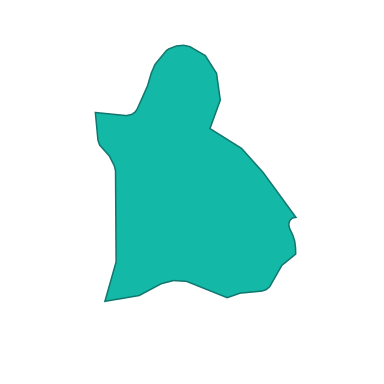 outline of Tower Hamlets, rotated 202°
{"feature_id": "GBR-2077", "entity_name": "Tower Hamlets", "entity_type": "London Borough", "adm_level": 1, "iso_a3": "GBR", "parent_name": "United Kingdom", "parent_adm1": "", "projection": "orthographic", "projection_center": [-0.03, 51.512], "detail": "fine", "context": "isolated", "style": "filled", "palette": "teal", "viewbox_px": 384, "rotation_deg": 202, "n_neighbors": 0, "source": "natural_earth", "source_scale": "10m", "svg_char_len": 749}
<svg xmlns="http://www.w3.org/2000/svg" viewBox="0 0 384 384"><g transform="rotate(202 192 192)"><path d="M86.1,207.4L87.3,206.7L88.9,205.6L89.8,204.1L90.5,202.4L90.6,200.7L90.1,198.3L89.3,196.8L87.7,194.6L82.2,189.6L78.3,184.8L75.1,179.1L72.6,173.3L81.2,157.7L84.5,133.2L86.6,129.3L90.1,126.3L109.4,116.3L119.8,107.2L163.6,107.1L175.9,103.0L186.1,95.5L202.2,76.2L231.8,58.0L236.2,98.8L270.8,182.9L273.9,187.2L282.1,194.4L295.2,200.9L298.6,204.8L311.4,229.5L281.6,238.2L276.9,241.4L274.7,244.9L273.9,248.4L273.0,273.9L274.3,286.9L274.1,296.5L268.7,313.6L267.2,315.9L261.1,321.6L254.7,324.9L248.3,326.0L230.7,323.4L213.7,311.2L200.2,287.8L199.1,257.5L162.4,251.0L133.3,236.7L86.1,207.4Z" fill="#14b8a6" stroke="#0f766e" stroke-width="1.5"/></g></svg>